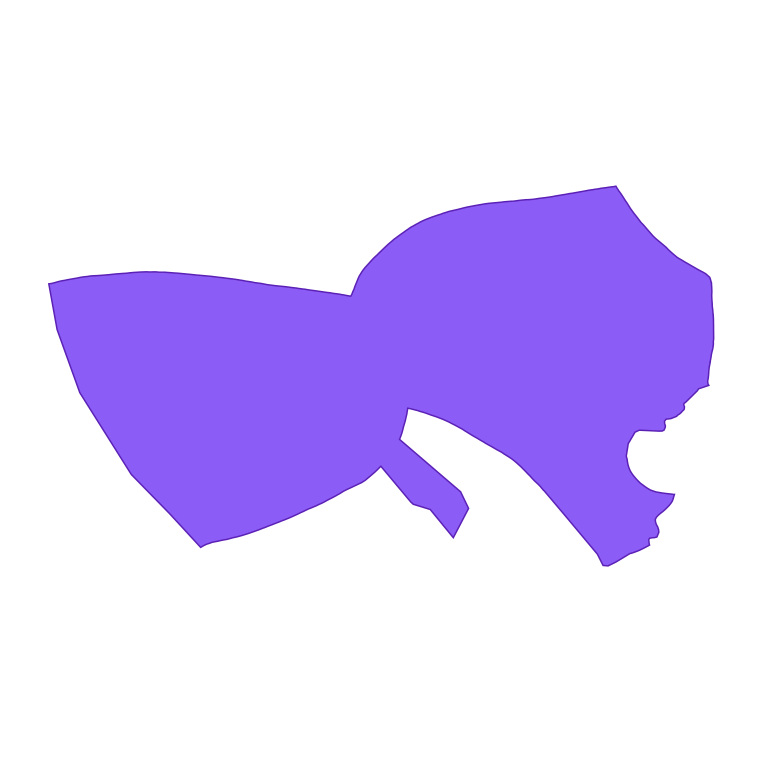 Al Quraishyah, Al Bayda', Yemen (Robinson projection), rotated 268°
{"feature_id": "15242507B46472407161282", "entity_name": "Al Quraishyah", "entity_type": "district", "adm_level": 2, "iso_a3": "YEM", "parent_name": "Yemen", "parent_adm1": "Al Bayda'", "projection": "robinson", "projection_center": [44.898, 14.605], "detail": "fine", "context": "isolated", "style": "filled", "palette": "violet", "viewbox_px": 768, "rotation_deg": 268, "n_neighbors": 0, "source": "geoboundaries", "source_scale": "gbopen_adm2", "svg_char_len": 6131}
<svg xmlns="http://www.w3.org/2000/svg" viewBox="0 0 768 768"><g transform="rotate(268 384 384)"><path d="M465.0,714.9L468.9,714.9L471.9,714.8L473.4,714.8L473.4,714.7L474.1,714.6L476.8,714.0L479.2,713.3L481.2,711.2L483.0,709.3L484.5,706.9L486.1,704.1L487.5,701.7L489.5,698.5L490.9,696.2L492.5,693.7L494.0,691.3L495.6,688.7L497.4,686.0L499.0,683.4L500.5,681.2L502.3,679.2L504.4,676.9L506.3,674.9L508.3,672.9L510.6,670.9L512.9,668.4L514.8,666.3L516.5,664.4L518.7,661.9L520.5,660.0L522.7,657.9L524.8,656.2L527.1,654.3L532.1,650.3L534.2,648.6L536.1,646.8L538.3,645.2L540.6,643.6L543.1,641.8L545.9,639.7L551.0,636.3L553.8,634.7L556.4,633.2L559.2,631.4L561.8,629.9L564.0,628.6L566.4,627.1L568.7,625.5L572.2,623.4L573.6,622.7L573.2,620.2L573.0,617.2L572.6,613.9L572.3,610.8L572.0,607.5L571.5,604.7L571.3,602.0L570.9,599.1L570.6,596.0L569.7,590.2L569.3,587.3L568.9,584.5L568.5,581.7L568.1,578.9L567.8,575.7L567.3,572.7L565.9,561.8L565.4,558.9L565.0,555.4L564.6,551.6L564.1,545.6L563.7,542.4L563.4,539.6L563.2,535.5L563.2,532.4L562.9,526.8L562.2,519.8L562.2,516.9L561.9,510.4L561.6,507.6L561.1,498.6L560.9,495.4L560.6,491.8L560.0,487.4L559.7,485.2L559.3,482.5L559.0,480.2L558.9,479.7L558.4,476.5L557.9,473.2L557.3,470.2L556.1,464.8L555.5,461.9L554.9,458.6L554.3,455.4L553.4,452.2L552.7,449.5L551.7,446.6L550.9,443.5L549.9,440.3L549.1,437.6L548.2,435.0L547.0,431.6L545.9,428.8L544.7,426.1L543.5,423.8L542.3,421.3L540.9,418.7L539.7,416.2L536.4,411.1L534.7,408.6L533.1,406.1L531.2,403.3L529.6,401.0L528.1,398.8L525.9,396.1L523.7,393.3L519.6,388.6L517.6,386.4L516.8,385.5L515.1,383.6L513.0,381.4L511.7,379.8L511.0,379.0L509.8,377.7L507.4,375.3L505.3,373.3L501.1,369.2L499.0,367.4L496.9,365.8L494.8,364.4L492.7,363.0L490.3,361.8L488.0,360.8L482.5,358.3L480.0,357.4L477.4,356.1L474.6,354.9L472.9,353.8L473.1,352.8L473.4,351.4L473.6,350.4L474.0,348.8L474.8,345.1L474.9,344.2L475.3,342.9L475.8,339.9L476.3,336.7L477.0,333.5L477.5,330.2L478.0,327.3L479.3,320.2L480.4,313.7L480.9,311.0L481.5,308.2L481.9,305.1L482.0,304.9L482.5,301.8L483.0,299.5L483.1,298.6L483.7,294.7L484.3,291.3L484.7,288.8L485.2,285.2L485.7,281.2L486.1,278.5L487.3,271.1L488.8,264.6L489.3,261.5L489.8,258.4L490.5,255.6L491.1,252.6L491.7,249.2L492.0,247.9L492.2,247.3L492.4,246.3L493.0,243.1L493.2,242.3L494.1,237.4L494.7,233.6L495.3,229.8L495.8,226.9L496.3,223.4L496.8,220.2L497.3,217.2L497.8,213.8L498.2,210.5L499.1,203.4L499.4,200.6L500.3,194.4L500.7,191.3L501.5,185.2L502.0,181.3L502.3,178.1L502.7,174.8L503.0,171.8L503.4,168.6L503.5,165.8L503.6,163.1L504.0,160.1L504.1,157.3L504.1,154.1L504.4,150.4L504.4,144.8L504.2,137.5L504.0,134.0L503.7,130.6L503.6,126.8L503.3,119.4L502.8,112.4L502.5,106.2L502.4,103.2L502.3,100.2L502.3,97.3L502.2,94.4L501.8,91.2L501.6,88.0L501.2,84.4L500.6,81.1L499.7,74.6L499.3,71.7L498.8,68.9L498.3,65.1L497.6,61.7L496.8,58.6L496.1,55.3L495.8,52.5L449.8,59.2L385.9,79.7L302.4,128.3L261.8,165.3L227.1,195.1L227.4,195.6L228.9,198.4L230.1,201.2L230.9,204.1L231.8,206.8L232.3,209.9L232.7,212.7L233.3,215.5L233.8,218.6L234.2,221.6L234.8,224.3L235.6,227.5L236.1,230.4L236.7,233.2L237.5,236.6L238.3,239.5L239.2,242.8L240.0,245.4L241.9,251.5L242.7,254.0L243.9,257.3L244.8,260.1L245.8,262.8L246.7,265.4L247.6,268.1L248.7,271.1L249.6,273.9L250.7,276.8L251.7,279.8L253.7,285.2L254.7,287.7L257.1,293.5L258.3,296.1L259.4,298.9L260.5,301.3L261.6,303.8L262.6,306.6L264.8,312.4L265.9,314.8L267.0,317.6L268.1,320.0L269.6,322.9L270.9,325.6L272.0,328.0L273.3,330.7L274.7,333.4L276.1,336.1L278.4,340.1L278.8,341.0L280.1,343.8L281.2,346.5L282.5,349.5L284.8,354.8L285.5,356.4L285.8,357.3L287.1,359.7L288.5,362.0L290.3,364.3L292.0,366.5L294.1,369.1L296.1,371.6L298.2,374.0L300.1,376.0L301.9,378.0L265.2,406.6L262.8,409.0L257.0,425.8L228.0,447.9L256.7,464.2L273.6,456.8L290.9,438.0L328.1,397.6L328.8,397.9L331.6,399.1L334.2,400.1L337.0,401.0L340.3,401.9L345.6,403.7L348.1,404.4L350.5,405.0L352.9,405.7L356.1,406.3L358.4,406.8L359.0,406.9L358.9,407.4L358.1,410.4L357.3,413.2L356.3,416.6L355.3,419.2L354.4,422.1L353.4,424.9L351.3,430.0L350.2,433.0L349.1,435.9L347.9,438.7L346.6,441.7L345.2,444.6L343.8,447.4L342.2,450.2L340.6,453.1L339.1,455.7L336.0,460.9L334.2,463.4L332.7,465.7L329.6,470.3L327.9,473.0L326.4,475.5L324.4,478.5L322.3,481.9L321.3,483.3L319.9,485.6L318.3,488.3L316.5,491.2L314.9,493.7L313.1,496.7L311.8,499.0L310.0,501.4L306.5,506.6L304.9,508.8L303.2,510.9L301.2,513.1L299.2,515.2L296.8,517.7L294.2,520.1L291.6,522.5L289.3,524.5L286.9,526.8L284.7,528.6L282.1,530.9L280.0,533.0L278.1,534.9L276.1,536.7L274.1,538.2L272.1,539.8L271.6,540.4L246.3,560.3L206.5,591.3L195.0,596.6L194.4,601.6L198.1,609.8L206.0,623.9L206.1,624.9L206.9,627.7L208.7,633.0L210.2,636.4L211.5,639.2L213.0,642.3L213.8,643.8L214.6,643.5L219.2,643.1L220.6,644.1L221.0,647.0L221.0,649.0L221.6,651.4L226.2,653.5L226.4,653.5L229.0,653.3L231.5,652.6L234.3,651.2L236.9,650.5L239.3,650.4L241.7,651.9L243.5,653.8L245.3,656.1L246.8,658.2L248.4,660.2L250.4,662.4L252.7,664.8L254.8,666.6L256.8,668.0L259.2,669.0L261.8,669.8L263.5,670.4L263.5,669.9L264.0,667.1L264.4,664.2L264.6,663.1L264.8,661.5L264.9,661.0L265.4,658.0L266.0,655.2L266.6,652.2L267.7,649.2L268.7,646.7L270.3,644.1L272.3,641.3L273.8,639.5L275.9,636.8L277.8,635.0L279.9,633.1L282.1,631.3L284.1,629.8L286.2,628.4L288.5,627.1L290.8,626.2L293.3,625.4L295.6,624.9L298.4,624.5L300.1,624.4L303.5,623.6L315.8,626.0L327.1,633.2L328.9,637.5L328.2,646.6L327.3,657.3L327.3,660.5L328.2,662.3L329.4,662.9L331.3,663.7L332.9,663.7L334.3,663.1L337.1,663.1L339.0,664.7L339.4,669.5L341.5,675.4L342.5,676.2L343.9,678.6L345.3,680.2L346.5,681.3L347.6,682.6L348.5,683.2L350.8,683.5L352.1,683.0L352.7,682.8L354.2,683.2L355.1,684.7L366.3,696.9L368.2,698.2L371.3,708.6L372.7,707.8L374.8,707.6L375.6,707.6L378.4,708.2L380.9,708.6L383.9,708.9L386.5,709.2L389.3,709.6L391.9,710.2L394.4,710.8L394.4,710.6L397.2,711.3L400.1,711.9L402.5,712.3L405.0,713.0L407.4,713.7L409.8,714.2L412.4,714.6L414.8,714.6L417.3,715.0L419.7,715.1L420.0,715.1L428.1,715.3L430.6,715.4L433.1,715.4L435.7,715.5L438.7,715.5L441.7,715.4L444.2,715.2L447.0,715.1L450.0,714.8L452.8,714.8L455.3,714.7L457.8,714.6L461.1,714.6L465.0,714.9Z" fill="#8b5cf6" stroke="#5b21b6" stroke-width="1.5"/></g></svg>